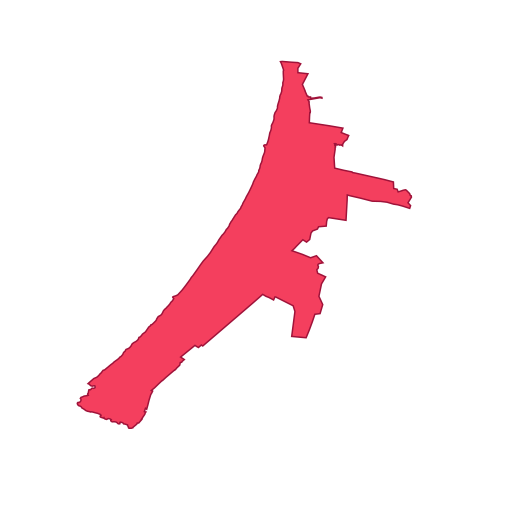 the district of Saulkrasti, Saulkrastu, Latvia, rotated 14°
{"feature_id": "27541924B54567786635158", "entity_name": "Saulkrasti", "entity_type": "district", "adm_level": 2, "iso_a3": "LVA", "parent_name": "Latvia", "parent_adm1": "Saulkrastu", "projection": "robinson", "projection_center": [24.41, 57.259], "detail": "fine", "context": "isolated", "style": "filled", "palette": "rose", "viewbox_px": 512, "rotation_deg": 14, "n_neighbors": 0, "source": "geoboundaries", "source_scale": "gbopen_adm2", "svg_char_len": 6087}
<svg xmlns="http://www.w3.org/2000/svg" viewBox="0 0 512 512"><g transform="rotate(14 256 256)"><path d="M232.7,61.5L234.0,63.0L237.5,68.4L237.9,69.3L237.7,69.9L238.4,72.6L240.0,77.8L240.2,79.4L240.1,81.4L240.6,83.2L240.7,84.1L240.5,86.8L241.1,90.1L241.0,91.3L240.9,92.8L240.6,93.7L240.5,95.7L240.8,97.1L240.8,100.2L240.6,103.1L240.6,104.9L240.7,106.0L241.0,106.9L241.0,107.9L240.5,110.4L239.8,112.2L239.6,114.9L239.7,116.2L240.2,118.0L240.4,119.3L240.1,122.5L239.8,123.6L239.5,125.0L239.4,125.9L239.6,126.7L239.9,127.6L240.0,129.2L240.0,130.6L239.6,133.3L239.8,136.1L239.9,139.8L239.8,142.5L239.4,145.5L238.8,145.8L238.1,145.9L237.7,146.0L237.0,146.5L236.9,146.8L236.8,147.1L236.9,147.3L237.2,147.7L238.0,148.3L238.6,148.9L239.2,152.7L239.2,153.8L238.8,156.6L238.6,158.5L238.6,159.7L238.8,162.0L238.7,164.1L238.4,165.2L238.3,165.9L238.2,167.2L238.4,168.8L238.4,170.0L238.3,170.9L238.0,172.0L238.0,172.5L238.2,173.2L238.1,174.3L237.3,177.1L237.2,178.2L236.3,181.5L235.6,184.7L235.4,187.2L234.2,193.3L233.6,196.1L232.3,200.8L231.9,203.0L231.5,204.5L230.6,207.6L230.3,210.0L229.7,211.7L229.5,213.5L228.6,215.4L227.7,217.5L227.5,218.6L226.9,220.0L226.3,220.8L226.1,221.3L225.8,222.3L225.4,223.4L224.9,225.1L224.5,226.0L224.3,227.1L223.8,228.1L223.4,229.1L223.2,230.1L222.9,230.9L222.7,231.8L222.7,232.8L222.6,233.5L221.6,236.2L220.9,237.2L220.6,238.1L220.2,239.8L219.1,242.4L218.0,244.2L217.4,245.8L216.0,249.5L215.4,251.9L214.6,254.0L213.1,257.0L210.9,263.7L209.1,267.9L206.1,273.5L204.5,277.4L202.2,283.5L199.4,290.6L198.4,292.5L197.8,294.6L195.1,301.2L192.6,306.9L189.5,312.6L187.7,314.1L185.7,315.3L185.2,315.8L185.1,316.0L185.3,316.3L185.5,316.5L186.2,316.9L186.5,317.2L186.4,317.7L185.6,320.0L184.6,321.5L184.0,323.4L182.7,326.0L182.2,326.6L182.0,327.2L181.5,328.2L180.9,328.9L180.0,330.4L179.4,331.8L179.1,333.5L178.5,335.6L177.6,336.8L175.9,338.3L175.5,339.1L174.8,341.4L174.8,342.3L174.3,343.4L172.8,345.9L171.7,347.6L170.6,348.3L170.5,349.2L169.7,350.1L169.0,351.1L168.7,352.1L167.1,356.4L164.7,359.3L164.2,360.7L163.4,362.2L162.8,362.9L162.2,363.2L162.1,363.4L161.9,365.4L161.1,366.8L160.1,368.1L158.7,369.3L157.2,371.0L156.9,371.9L156.5,373.6L155.7,375.2L154.8,376.4L153.4,377.5L152.6,378.0L152.4,378.4L152.2,378.9L152.1,379.8L150.9,381.6L150.5,383.9L149.3,386.2L148.4,387.0L147.6,388.7L146.1,390.6L144.8,392.1L143.8,393.3L143.0,394.7L141.5,396.5L136.6,403.2L135.3,403.9L133.9,407.1L133.0,408.4L132.6,409.5L131.3,411.6L130.3,412.6L128.3,414.1L124.8,419.1L123.9,420.5L125.1,420.7L126.9,421.8L128.6,421.9L130.2,421.1L131.0,421.0L131.7,422.2L131.6,422.8L131.1,423.3L130.5,423.7L129.1,423.8L128.6,424.2L128.3,424.7L128.2,425.2L127.7,425.8L127.3,426.0L126.7,426.0L126.2,426.3L126.3,429.0L126.5,429.6L126.1,430.1L126.0,430.8L126.6,431.2L127.0,431.7L125.6,432.5L123.1,433.5L121.8,434.6L120.4,435.5L120.0,436.7L120.7,437.2L121.1,438.1L121.0,439.2L120.7,440.0L119.8,440.8L118.6,441.2L118.2,442.1L118.6,442.5L118.7,443.1L119.5,443.8L120.5,444.2L121.7,444.2L122.6,444.5L123.0,444.7L123.9,445.6L125.5,446.0L128.5,447.2L130.2,447.4L131.8,447.3L133.1,447.4L133.5,447.3L133.5,447.1L134.5,446.9L137.7,447.0L140.6,447.0L141.7,447.2L143.0,447.3L144.1,447.9L144.2,448.3L143.5,449.1L143.7,449.7L144.4,450.0L147.4,450.2L147.6,449.7L148.2,450.4L148.6,450.6L149.6,450.7L150.6,450.7L150.8,450.6L151.2,450.1L151.9,449.5L153.0,449.4L153.8,449.4L155.1,449.8L154.8,450.4L154.9,451.0L155.0,451.1L156.4,451.7L156.6,451.7L157.8,451.3L159.6,450.9L160.2,451.0L161.1,451.1L162.6,452.0L163.0,452.1L163.8,452.0L164.5,451.7L164.5,451.4L164.2,451.0L164.2,450.7L164.2,450.4L164.4,450.1L164.6,450.0L165.4,450.0L165.9,449.9L166.7,450.0L167.1,450.1L167.9,450.6L168.1,450.9L169.4,450.8L172.2,450.9L172.4,451.7L173.2,452.3L173.7,452.9L173.7,453.4L174.0,453.7L174.3,453.8L174.8,453.8L176.9,453.2L178.1,452.4L178.0,452.1L181.0,448.0L181.2,446.8L181.5,446.8L182.6,446.4L184.5,442.7L184.8,442.0L184.4,442.0L186.4,436.5L186.5,434.9L186.9,434.0L185.3,434.0L185.6,430.5L187.0,431.1L187.1,427.0L187.1,421.8L187.4,415.9L187.8,414.8L188.4,412.1L187.0,411.8L189.5,408.4L192.4,403.7L195.1,399.5L195.4,399.5L198.0,395.5L204.6,386.3L204.8,386.4L205.5,385.4L206.1,384.0L208.4,380.4L208.3,377.7L209.6,377.1L209.8,376.2L211.5,373.8L207.3,372.3L218.4,357.5L220.0,358.1L222.3,358.7L224.5,355.6L226.1,356.2L264.3,302.4L271.8,291.6L275.4,292.7L278.5,293.1L283.7,294.4L284.3,291.1L285.1,291.0L304.1,295.3L307.2,300.4L310.1,325.4L324.4,323.2L325.6,315.0L326.6,306.0L327.2,298.3L332.1,296.4L332.5,287.0L326.8,279.9L326.3,267.2L328.6,259.4L320.0,257.8L319.8,257.5L318.5,255.0L318.3,254.6L318.5,254.2L319.2,253.0L319.2,252.0L319.1,251.0L318.2,250.1L318.2,249.7L318.2,249.2L318.6,248.6L319.5,247.9L322.6,246.4L314.6,241.1L309.4,244.5L300.7,243.2L289.6,242.2L291.5,239.3L292.9,236.7L297.5,228.9L301.7,230.3L304.1,227.0L303.8,220.5L304.8,218.0L309.1,215.0L309.6,212.5L316.9,210.0L316.2,205.4L316.2,202.8L317.1,201.2L334.7,199.6L330.9,179.7L329.8,174.7L332.7,174.8L343.1,174.6L355.5,174.7L363.6,172.9L370.1,172.1L376.8,172.4L381.2,172.0L386.2,172.1L393.6,172.6L393.8,169.7L390.6,167.6L392.6,161.3L392.0,160.0L391.7,160.0L391.1,159.9L390.7,159.4L390.0,158.3L386.3,156.0L385.7,155.7L385.0,155.6L382.9,156.6L381.7,157.4L378.4,159.4L376.8,157.1L373.3,157.2L371.4,150.9L361.9,150.8L332.2,151.5L329.5,151.7L328.9,151.2L320.4,151.6L311.1,151.7L307.8,141.4L307.0,133.5L306.6,131.8L306.5,130.8L306.7,130.7L305.8,129.6L306.4,129.4L305.0,128.0L305.5,127.8L306.8,127.8L307.6,128.3L307.7,128.5L308.0,128.6L309.5,127.8L310.4,128.2L311.4,127.7L312.0,127.8L312.1,127.7L312.4,127.4L312.5,127.3L312.7,127.9L313.4,128.2L313.1,126.3L314.1,123.4L316.1,121.0L316.5,118.0L316.8,116.7L308.8,115.6L309.4,110.9L295.9,111.9L275.5,113.8L274.2,107.6L273.5,103.8L273.9,103.7L273.8,103.0L273.7,102.3L272.4,99.6L271.6,97.6L270.3,94.3L270.4,93.7L268.6,91.9L279.4,87.1L280.4,86.9L281.8,86.9L281.6,86.2L280.2,86.2L279.0,86.5L273.4,89.0L273.2,88.9L271.1,89.8L270.5,88.5L268.3,89.0L267.6,88.2L267.0,88.4L263.6,84.0L263.7,83.9L259.5,78.3L262.3,66.6L252.3,68.0L251.2,63.7L252.9,58.7L249.9,58.2L243.4,59.4L234.3,60.9L232.7,61.5Z" fill="#f43f5e" stroke="#9f1239" stroke-width="1.5"/></g></svg>